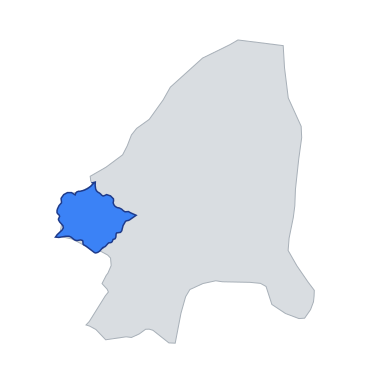 Cankuzo on a map of Burundi (Albers equal-area conic projection), rotated 186°
{"feature_id": "BDI-2632", "entity_name": "Cankuzo", "entity_type": "Province", "adm_level": 1, "iso_a3": "BDI", "parent_name": "Burundi", "parent_adm1": "", "projection": "albers", "projection_center": [30.587, -3.141], "detail": "fine", "context": "in_parent", "style": "filled", "palette": "blue", "viewbox_px": 384, "rotation_deg": 186, "n_neighbors": 0, "source": "natural_earth", "source_scale": "10m", "svg_char_len": 2373}
<svg xmlns="http://www.w3.org/2000/svg" viewBox="0 0 384 384"><g transform="rotate(186 192 192)"><path d="M283.5,48.7L280.6,52.5L267.3,79.8L264.7,83.8L266.2,86.4L271.9,91.5L268.6,100.1L267.2,102.4L264.7,110.4L266.1,117.8L269.3,120.5L277.9,124.0L290.9,126.6L306.2,132.7L316.5,133.8L318.9,138.2L318.4,146.1L321.0,153.0L321.0,165.2L317.9,176.0L302.2,181.1L294.1,186.6L291.9,189.4L293.9,192.6L294.9,197.0L280.1,207.7L264.9,221.7L261.2,231.2L258.2,242.4L253.7,249.5L242.1,259.8L230.3,280.6L224.5,294.0L195.5,326.3L169.7,342.5L162.2,348.0L116.6,347.1L113.0,325.3L106.1,295.6L90.3,268.7L88.6,257.5L89.3,235.9L89.4,205.4L88.3,189.0L88.6,177.1L90.6,156.3L90.3,143.9L80.0,129.6L67.1,114.5L60.1,107.0L59.7,101.0L59.7,95.5L61.8,87.4L66.8,78.3L72.4,77.3L86.3,80.9L100.8,88.5L108.5,105.8L114.4,108.3L125.1,108.2L152.4,105.9L159.1,106.2L171.6,102.1L183.9,94.8L187.4,87.2L190.3,70.3L192.9,39.9L199.2,39.5L216.4,50.4L220.1,51.1L223.7,50.7L229.7,45.3L237.0,41.0L242.4,41.1L262.4,36.0L273.2,45.2L280.0,48.0L283.5,48.7Z" fill="#d9dde1" stroke="#a8b0b8" stroke-width="1"/><path d="M274.1,127.7L274.1,127.8L274.8,127.5L277.7,123.5L279.4,122.1L281.4,121.3L282.6,121.5L292.0,127.2L294.0,128.0L294.6,128.4L295.0,129.3L295.4,131.7L295.8,132.3L297.7,132.7L299.2,132.3L300.7,131.8L302.5,131.7L304.2,132.3L307.6,134.5L309.5,135.1L312.9,134.8L319.7,132.9L323.1,132.9L322.1,134.6L321.7,135.4L317.2,140.6L316.2,142.9L316.9,145.1L320.5,148.4L321.9,150.4L322.0,151.2L321.3,153.2L321.1,154.0L321.7,155.1L323.5,156.5L324.1,157.5L324.3,159.4L324.0,161.2L322.8,164.6L320.7,167.6L320.8,168.7L321.4,171.2L321.5,172.1L319.3,176.0L315.8,178.4L311.8,178.8L307.9,176.9L307.5,178.7L306.6,180.0L305.1,180.8L303.4,181.0L299.4,182.5L296.2,184.5L293.4,187.0L290.8,190.3L291.8,190.8L289.2,191.8L289.0,188.5L288.1,184.8L287.0,183.1L285.4,181.9L283.9,181.3L282.6,180.4L281.5,179.4L280.0,178.7L278.2,179.5L276.7,180.5L272.6,179.6L269.4,177.0L269.1,175.0L269.3,173.0L268.4,171.2L267.0,169.7L264.9,168.7L262.5,168.5L260.2,167.6L258.2,166.1L256.5,165.3L253.1,165.9L251.9,165.3L250.6,164.8L245.1,163.0L251.1,157.8L252.2,157.1L254.2,156.5L255.1,155.8L256.8,151.9L257.0,151.7L257.8,146.1L258.9,144.4L262.7,143.4L263.1,142.3L263.0,139.3L263.5,137.6L264.5,137.0L265.5,136.6L266.2,134.3L266.9,133.5L268.0,133.0L269.4,132.8L270.2,132.0L272.5,128.8L274.0,127.8L274.1,127.7Z" fill="#3b82f6" stroke="#1e3a8a" stroke-width="1.5"/></g></svg>